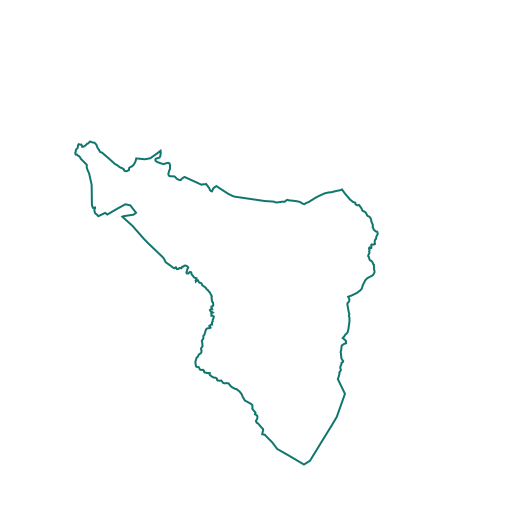 Kaiti, Eastern, Kenya, rotated 233°
{"feature_id": "3690345B42792892468176", "entity_name": "Kaiti", "entity_type": "district", "adm_level": 2, "iso_a3": "KEN", "parent_name": "Kenya", "parent_adm1": "Eastern", "projection": "albers", "projection_center": [37.461, -1.788], "detail": "fine", "context": "isolated", "style": "outline", "palette": "teal", "viewbox_px": 512, "rotation_deg": 233, "n_neighbors": 0, "source": "geoboundaries", "source_scale": "gbopen_adm2", "svg_char_len": 6158}
<svg xmlns="http://www.w3.org/2000/svg" viewBox="0 0 512 512"><g transform="rotate(233 256 256)"><path d="M397.5,243.1L397.4,239.0L397.7,230.3L400.2,225.4L406.0,219.1L404.0,216.6L403.0,214.5L402.5,213.2L402.3,211.8L402.3,210.5L402.6,209.1L402.7,207.9L402.1,207.1L401.1,206.3L401.5,203.8L402.3,202.8L403.2,202.2L405.0,202.6L405.9,202.1L407.1,201.9L408.0,201.0L410.3,200.2L412.1,199.8L413.4,199.1L414.6,198.7L423.6,196.9L431.0,195.3L433.0,194.1L434.9,194.4L438.0,194.6L440.8,195.5L443.7,195.2L444.4,194.4L445.3,193.6L447.3,192.4L447.2,191.1L447.0,190.2L447.0,189.3L447.3,188.2L446.9,186.3L447.0,185.1L447.2,184.1L447.8,182.9L449.0,183.4L450.2,183.5L450.7,182.6L452.0,181.7L451.6,180.6L450.0,179.0L449.5,178.1L449.4,176.7L448.7,175.5L447.7,174.7L447.1,173.6L446.3,173.3L445.4,173.1L444.8,174.0L443.6,174.1L441.8,174.9L440.1,174.8L438.9,174.6L431.3,175.7L430.4,175.6L428.9,174.3L427.9,173.8L426.7,173.5L425.7,173.1L423.1,172.6L422.1,172.3L411.8,167.6L396.1,156.1L394.4,155.2L392.5,154.8L391.6,156.6L390.9,156.0L390.6,155.2L389.9,154.5L387.8,153.5L386.6,153.3L385.1,153.8L382.7,154.0L381.2,161.5L378.6,162.2L377.2,174.1L375.9,182.8L372.1,186.1L362.7,186.2L362.7,183.1L367.7,173.8L367.8,172.9L354.3,175.5L337.0,176.8L331.5,177.5L311.9,180.7L310.3,180.9L308.2,180.7L306.0,180.2L305.1,180.2L299.8,181.9L297.7,182.4L296.5,182.8L295.2,183.6L295.2,185.2L294.3,185.2L293.2,184.9L292.4,186.0L292.4,187.9L291.1,189.0L291.9,190.6L291.3,191.5L291.4,193.1L290.8,193.9L289.8,194.6L288.5,195.0L287.4,194.8L287.2,193.9L286.7,193.1L285.7,192.1L284.9,190.6L283.7,190.2L282.8,191.4L283.1,193.4L282.3,194.3L281.3,194.2L280.1,193.5L278.6,193.7L276.1,193.6L274.0,195.1L273.4,194.4L272.8,193.1L271.8,192.6L272.0,194.1L271.6,195.0L270.2,194.8L268.7,194.7L267.9,195.6L267.0,196.0L264.9,195.5L262.2,196.4L260.5,196.8L259.3,196.5L257.6,197.1L256.3,196.9L254.9,197.2L250.4,196.5L249.9,195.6L247.9,194.7L247.1,193.9L245.8,193.5L244.7,193.7L242.3,192.2L242.1,191.1L242.5,190.0L241.7,189.3L240.7,189.3L239.8,189.0L240.6,187.9L240.6,186.7L239.0,186.4L237.9,187.2L236.8,187.5L237.1,185.8L235.9,185.1L235.2,184.4L234.1,185.6L233.1,185.9L232.3,185.1L230.9,182.8L229.8,182.1L229.6,181.0L227.7,179.7L228.3,178.8L228.2,177.7L228.2,176.6L227.1,176.8L226.1,176.6L226.3,175.4L227.0,174.6L227.6,173.1L227.5,172.0L226.0,169.8L224.2,167.5L223.9,165.9L222.0,164.5L221.4,163.5L221.3,162.5L220.5,161.4L219.1,160.9L217.2,159.6L216.3,159.3L215.9,158.4L215.6,157.3L214.9,156.1L213.1,155.5L211.7,154.1L211.6,153.2L211.7,151.0L210.6,148.9L210.6,147.5L209.9,146.5L208.9,145.2L208.1,144.0L206.2,142.8L203.9,141.7L202.8,142.2L201.8,143.3L200.3,143.2L199.0,142.9L197.7,143.9L197.0,145.2L195.7,145.4L194.9,144.9L193.9,144.8L193.1,145.8L192.2,146.2L191.0,147.9L190.3,148.6L189.7,147.8L188.8,147.5L187.9,147.9L186.8,147.9L185.7,148.5L184.6,148.9L182.9,150.6L181.6,151.0L180.6,150.3L179.5,150.5L178.9,151.4L178.2,151.9L177.6,153.2L176.2,153.4L174.9,153.3L174.0,153.6L173.1,154.4L171.9,156.4L170.7,157.5L169.4,157.3L168.2,157.6L167.0,157.5L165.7,157.9L164.4,158.4L163.5,158.9L162.5,159.3L161.2,160.5L160.2,160.6L157.9,161.3L154.8,161.4L153.4,161.2L151.1,160.5L149.7,160.5L147.3,160.1L141.7,162.7L139.4,163.4L137.8,162.5L136.4,161.2L134.8,161.1L131.2,161.3L130.3,159.9L129.1,160.5L127.8,160.8L126.6,160.3L125.8,159.6L125.2,158.8L124.8,158.0L124.4,156.7L122.4,156.2L121.2,156.8L117.6,157.1L115.1,157.2L113.7,157.5L112.7,157.0L111.7,155.7L109.9,153.7L107.9,155.5L106.9,155.5L97.6,156.8L89.1,156.8L76.9,162.1L60.6,168.8L60.0,175.9L75.1,214.4L78.9,223.7L92.4,244.1L108.5,247.3L109.0,248.3L111.9,252.0L112.8,252.4L113.5,254.6L114.2,255.4L115.1,255.6L116.2,256.2L117.2,257.3L117.8,258.6L118.5,259.4L119.3,260.1L119.0,261.4L119.6,262.4L121.8,262.4L123.3,262.8L124.2,263.3L125.0,264.0L126.0,264.4L126.8,265.1L127.7,265.4L128.4,265.9L129.3,267.0L130.8,268.6L131.8,269.4L132.9,270.6L132.9,271.9L132.6,274.2L132.1,275.4L133.0,275.9L133.8,276.7L135.1,276.6L138.3,275.9L138.7,278.2L139.3,279.4L139.5,281.3L139.9,283.2L142.0,285.8L147.4,291.2L150.6,293.6L152.3,294.1L153.4,295.6L155.5,296.3L156.6,297.0L158.9,298.0L159.9,298.7L161.8,299.5L162.7,300.0L163.3,300.9L163.7,303.0L164.4,303.8L165.4,304.6L168.0,305.1L167.1,307.9L166.4,311.2L165.8,314.3L165.8,318.4L166.0,320.1L167.0,321.9L168.0,323.1L169.0,324.9L169.9,326.9L170.8,328.4L171.3,331.5L170.3,337.6L171.1,339.9L171.7,340.9L172.7,341.6L174.9,342.5L175.7,343.4L177.0,344.0L178.0,344.9L179.1,344.7L180.2,345.1L181.6,345.3L182.8,345.1L183.7,344.6L184.8,344.5L187.4,345.6L188.4,345.5L189.0,346.1L190.3,348.6L191.7,349.2L192.2,350.2L193.1,350.4L194.2,350.9L194.5,351.8L193.6,352.1L193.0,352.8L193.6,353.5L194.4,354.0L195.4,354.5L195.6,355.4L194.7,356.3L194.1,357.2L194.0,358.3L195.1,358.7L196.1,359.5L197.1,360.5L197.5,362.2L198.3,362.9L199.2,364.1L200.3,366.4L201.0,366.9L202.4,367.4L203.5,366.5L206.2,365.9L207.5,366.4L208.6,366.4L209.9,367.5L210.7,368.1L213.4,368.7L214.6,369.1L216.1,370.0L217.4,370.2L218.5,370.3L219.3,370.1L220.7,369.3L221.8,369.2L222.9,369.5L224.0,369.7L225.3,369.7L226.8,369.0L227.9,368.3L230.8,368.9L234.7,369.0L235.2,367.7L236.6,366.8L237.8,366.7L238.7,367.3L239.5,366.9L241.0,365.9L243.1,365.5L244.1,365.1L253.0,364.6L257.4,364.7L257.4,363.8L259.7,359.1L261.7,354.2L263.0,352.4L264.7,348.5L266.1,342.4L266.7,338.8L267.4,330.4L268.1,328.1L268.4,325.7L270.0,324.6L272.0,323.9L273.0,323.4L274.8,321.9L278.1,318.6L279.0,317.5L279.9,316.6L280.6,315.7L281.6,315.2L282.1,314.5L282.2,313.3L282.0,312.3L282.3,311.1L283.2,310.3L285.8,305.5L287.1,303.8L288.4,303.2L289.8,301.7L294.6,296.1L315.9,275.0L317.5,273.7L322.2,271.3L335.7,266.4L335.8,263.3L335.6,262.3L334.1,259.8L335.1,259.1L336.3,258.9L338.4,259.5L343.6,259.5L343.9,258.4L344.7,257.5L345.3,256.6L345.6,255.4L346.6,254.9L362.1,246.5L362.3,245.4L362.3,244.2L362.3,243.2L362.0,241.6L362.9,240.5L364.0,239.8L365.5,239.2L367.6,239.0L368.5,238.8L369.2,238.1L371.4,235.4L372.4,234.8L374.1,235.2L375.3,236.6L376.6,238.3L377.0,239.3L377.6,239.9L380.0,241.8L381.9,242.6L383.4,241.9L384.8,238.1L385.7,236.9L387.9,235.3L390.9,233.5L391.9,233.2L392.8,233.2L393.7,233.8L394.0,234.6L393.3,236.4L392.9,237.4L392.8,238.6L393.5,239.8L394.7,241.0L396.0,242.2L397.5,243.1Z" fill="none" stroke="#0f766e" stroke-width="2"/></g></svg>